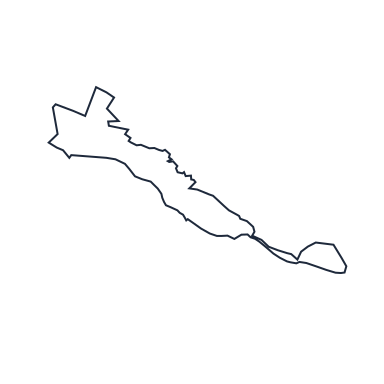 Bektemir, Tashkent, Uzbekistan, rotated 246°
{"feature_id": "79887680B40109116454398", "entity_name": "Bektemir", "entity_type": "district", "adm_level": 2, "iso_a3": "UZB", "parent_name": "Uzbekistan", "parent_adm1": "Tashkent", "projection": "natural_earth1", "projection_center": [69.289, 41.186], "detail": "fine", "context": "isolated", "style": "outline", "palette": "slate", "viewbox_px": 384, "rotation_deg": 246, "n_neighbors": 0, "source": "geoboundaries", "source_scale": "gbopen_adm2", "svg_char_len": 1543}
<svg xmlns="http://www.w3.org/2000/svg" viewBox="0 0 384 384"><g transform="rotate(246 192 192)"><path d="M131.9,211.6L132.9,219.8L130.6,225.5L126.8,227.1L123.6,230.6L119.3,233.3L113.3,236.3L107.0,239.3L102.7,241.3L96.2,245.5L89.9,250.6L87.7,253.4L84.4,258.3L84.4,261.7L80.6,267.6L73.0,275.8L66.2,283.0L59.9,290.3L57.4,295.1L56.4,298.6L61.4,302.8L71.2,301.8L86.3,299.8L95.5,284.5L95.0,275.6L93.1,267.4L87.4,260.8L94.9,257.4L97.4,254.1L104.0,246.6L110.8,239.8L120.0,236.0L127.6,229.2L130.3,232.9L135.3,233.7L143.1,230.3L147.9,225.2L150.9,225.3L152.6,224.1L160.2,218.3L166.2,215.6L180.0,209.7L182.8,206.7L192.1,197.8L196.4,191.0L199.6,199.2L202.3,198.5L203.8,196.4L207.4,197.7L209.1,192.7L213.4,192.8L212.9,190.9L215.9,186.9L220.2,187.0L221.7,189.2L227.7,187.2L228.7,183.4L230.0,182.5L230.2,186.6L233.0,185.0L235.5,187.2L241.5,184.5L241.5,181.8L243.8,179.0L247.5,175.5L249.3,170.8L255.9,164.5L257.2,160.4L262.2,156.3L264.4,154.9L266.4,157.8L272.0,154.4L274.9,159.0L286.3,143.0L290.5,144.1L286.7,153.8L302.8,148.2L310.0,159.2L317.8,154.4L326.8,147.0L304.9,125.3L314.5,116.4L327.6,103.1L325.9,99.3L299.6,92.8L295.4,81.2L287.6,86.5L282.6,91.2L273.1,93.8L274.8,96.7L258.1,127.6L253.0,135.4L245.0,142.2L238.5,144.1L229.5,146.3L223.9,151.7L218.3,158.5L213.6,160.3L209.1,162.1L202.8,163.3L198.8,162.5L194.3,162.4L190.5,162.8L186.8,166.3L181.2,171.2L178.0,172.3L174.9,174.6L171.2,175.0L168.4,175.2L168.9,177.1L164.7,179.6L154.9,185.4L146.8,191.4L141.8,196.8L139.7,201.5L137.7,206.7L131.9,211.6Z" fill="none" stroke="#1e293b" stroke-width="2"/></g></svg>